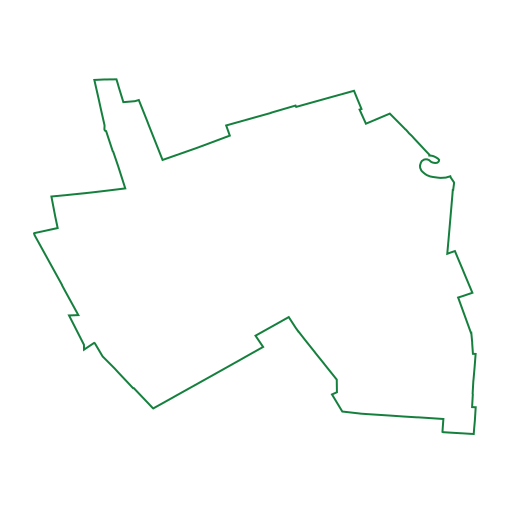 Scortaru Nou, Braila, Romania, rotated 181°
{"feature_id": "2599482B5642728949351", "entity_name": "Scortaru Nou", "entity_type": "district", "adm_level": 2, "iso_a3": "ROU", "parent_name": "Romania", "parent_adm1": "Braila", "projection": "equal_earth", "projection_center": [27.599, 45.348], "detail": "fine", "context": "isolated", "style": "outline", "palette": "green", "viewbox_px": 512, "rotation_deg": 181, "n_neighbors": 0, "source": "geoboundaries", "source_scale": "gbopen_adm2", "svg_char_len": 2366}
<svg xmlns="http://www.w3.org/2000/svg" viewBox="0 0 512 512"><g transform="rotate(181 256 256)"><path d="M420.7,429.2L415.7,408.8L413.9,401.1L409.8,384.4L409.7,383.4L409.8,380.1L409.5,379.2L409.2,378.8L408.8,378.5L408.4,378.5L408.3,378.4L408.2,378.3L408.0,378.2L407.9,377.9L401.1,358.3L400.8,358.0L400.6,357.8L395.4,343.4L387.9,321.3L404.2,319.0L421.1,316.7L426.7,316.0L445.8,313.7L458.2,312.3L461.6,311.9L457.3,291.4L456.9,289.7L454.8,280.5L478.1,275.0L478.3,274.6L477.6,272.7L462.6,246.6L454.8,233.0L449.8,224.3L449.4,223.6L449.3,223.1L446.2,217.6L439.4,205.7L432.6,193.8L441.9,193.3L426.5,164.3L426.3,159.4L416.3,166.3L415.6,165.9L407.6,152.9L395.4,141.1L391.7,137.2L377.1,122.2L376.6,121.7L375.9,121.8L356.5,102.1L356.1,101.8L287.8,141.5L247.3,165.2L255.1,176.3L222.2,195.5L214.8,184.5L214.6,184.3L212.5,181.4L212.4,181.5L205.8,173.3L195.2,160.5L195.1,160.3L186.0,149.4L185.8,149.1L173.1,133.8L172.7,121.2L177.6,118.9L167.0,102.0L150.3,100.4L149.2,100.3L148.6,100.2L142.8,99.9L119.3,98.8L105.9,98.1L92.4,97.5L90.5,97.5L86.2,97.3L65.8,96.3L66.5,83.4L65.9,83.1L35.2,81.8L35.0,85.4L34.3,95.2L33.7,108.6L37.3,108.7L36.8,121.6L37.0,122.2L36.5,135.3L36.4,135.6L35.5,148.5L34.7,161.9L37.4,162.0L38.3,172.2L38.3,173.2L39.4,182.9L39.7,182.8L48.5,205.8L51.1,212.6L52.5,216.3L53.2,218.0L49.0,219.4L39.0,223.0L41.7,229.1L47.9,243.2L48.7,245.1L53.7,256.4L57.2,264.4L60.3,263.3L64.8,261.6L63.8,275.5L62.7,291.3L60.7,320.3L60.4,325.5L60.0,325.5L59.2,332.6L59.4,333.2L62.7,337.9L63.1,339.1L67.6,337.7L72.9,337.3L75.4,337.5L80.5,338.1L83.3,338.6L86.5,339.8L88.4,341.0L89.8,342.1L91.3,343.4L91.8,343.9L92.2,344.4L93.4,347.0L93.6,349.4L92.8,352.1L91.9,353.8L89.7,355.3L88.4,355.6L86.5,355.6L84.6,354.9L83.3,353.8L82.3,353.0L80.5,352.4L78.3,352.1L76.5,352.4L75.3,353.3L74.8,354.1L74.6,355.3L75.7,356.5L77.7,357.7L79.1,358.4L80.6,359.0L82.0,359.3L84.5,359.5L84.4,360.3L87.8,363.7L99.5,375.8L102.4,378.9L105.3,381.5L106.1,382.5L108.4,385.0L109.0,385.3L109.6,386.0L124.7,400.7L124.9,400.6L129.9,398.4L148.4,390.2L155.0,404.2L153.1,404.8L153.2,405.1L157.1,414.0L160.9,422.9L182.5,416.5L218.4,405.8L219.1,407.1L243.5,399.5L243.6,399.3L261.4,394.0L288.1,386.0L284.3,375.9L317.9,362.7L351.1,350.4L366.2,386.6L366.8,388.2L375.9,409.9L379.7,408.7L391.3,407.5L396.2,422.5L397.2,425.8L398.6,430.2L408.8,429.9L410.1,429.9L420.7,429.2Z" fill="none" stroke="#15803d" stroke-width="2"/></g></svg>